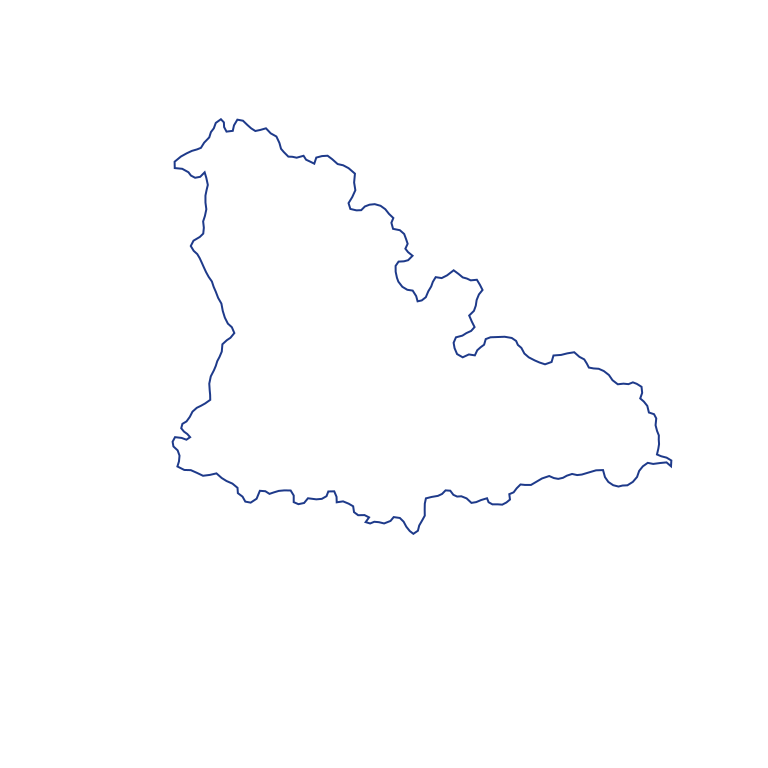 Coroaci, Minas Gerais, Brazil (Mercator projection), rotated 29°
{"feature_id": "56859067B21636195282600", "entity_name": "Coroaci", "entity_type": "district", "adm_level": 2, "iso_a3": "BRA", "parent_name": "Brazil", "parent_adm1": "Minas Gerais", "projection": "mercator", "projection_center": [-42.262, -18.628], "detail": "fine", "context": "isolated", "style": "outline", "palette": "blue", "viewbox_px": 768, "rotation_deg": 29, "n_neighbors": 0, "source": "geoboundaries", "source_scale": "gbopen_adm2", "svg_char_len": 4361}
<svg xmlns="http://www.w3.org/2000/svg" viewBox="0 0 768 768"><g transform="rotate(29 384 384)"><path d="M414.7,247.8L409.6,251.3L405.3,251.6L401.2,252.6L395.9,251.6L389.8,250.8L386.5,258.4L383.1,263.4L377.4,265.5L377.2,271.0L378.0,275.8L377.8,281.4L378.5,287.8L376.5,292.6L373.3,295.4L369.5,291.5L363.8,288.4L358.7,290.3L352.9,290.1L346.9,287.5L343.8,284.8L339.8,280.2L336.9,275.1L337.4,269.9L342.0,267.0L345.1,264.0L346.8,258.0L341.1,257.0L337.1,255.3L336.7,249.9L333.1,246.6L328.9,243.0L323.3,241.8L316.7,243.9L312.3,239.4L311.7,234.3L305.9,232.8L300.4,230.5L294.6,229.8L288.7,231.2L284.4,234.2L281.2,238.0L279.8,243.0L275.7,245.5L269.7,247.2L265.3,243.0L265.6,235.9L265.0,228.4L260.2,222.3L256.6,214.1L248.4,212.4L242.3,212.5L236.8,214.1L229.7,212.5L224.0,211.7L219.3,214.7L215.0,218.8L216.2,225.1L211.7,225.3L207.1,225.6L203.0,223.4L197.9,228.4L193.7,229.7L190.1,231.5L183.9,229.7L179.9,228.2L175.7,223.9L169.9,219.7L163.4,219.7L156.8,217.6L152.6,221.8L148.8,225.1L143.9,224.8L139.0,223.7L133.0,222.1L127.6,223.9L127.4,230.5L129.0,235.9L123.9,239.6L119.6,236.8L117.1,232.8L113.0,231.5L110.3,237.2L111.2,242.9L110.5,247.6L111.6,253.0L109.7,260.1L109.4,266.2L106.7,269.5L103.0,273.2L99.6,277.9L96.1,283.5L93.1,291.1L96.3,296.6L103.2,293.6L110.3,293.6L114.1,295.3L118.8,295.2L122.8,291.9L124.5,285.8L128.6,289.8L133.4,295.3L134.8,300.4L136.5,305.8L139.9,311.9L143.9,317.3L145.9,323.8L147.0,329.5L150.7,334.7L153.0,340.1L151.6,344.7L147.9,351.0L148.1,357.0L153.0,359.8L157.7,360.9L161.8,363.3L166.3,366.6L169.6,369.1L174.1,372.4L178.7,375.3L183.8,377.8L187.9,381.6L192.2,384.9L197.2,389.1L202.8,392.5L207.5,398.2L212.6,403.1L218.2,406.9L223.4,408.1L228.4,412.0L227.3,418.0L225.3,421.9L223.4,427.6L226.4,434.3L227.0,440.0L227.1,444.9L228.1,449.7L228.6,454.4L228.8,461.3L231.0,468.4L234.6,474.0L237.2,477.8L239.7,482.1L237.0,487.7L234.4,491.9L231.8,495.6L229.9,501.0L230.1,506.9L229.4,512.5L227.0,516.6L228.1,521.0L232.1,522.6L236.2,523.1L240.2,524.5L238.2,528.5L233.1,529.3L227.0,531.8L227.1,537.0L230.1,540.7L235.7,542.1L239.9,545.8L242.2,551.1L243.3,556.3L251.0,556.0L256.8,553.0L263.6,552.4L270.2,552.0L275.8,547.9L280.8,543.4L287.6,544.9L293.3,545.2L299.7,544.6L306.2,545.8L309.1,550.3L314.9,551.1L319.7,554.1L324.9,552.4L328.2,546.1L327.2,537.6L332.2,535.3L337.1,535.6L340.2,532.2L343.8,528.5L348.5,525.3L354.0,522.4L359.1,525.3L362.3,531.1L367.4,530.6L371.8,526.8L372.9,520.8L380.7,517.7L385.3,514.6L388.1,510.0L387.4,505.0L392.5,502.0L397.2,505.7L400.0,510.4L405.1,506.5L411.1,505.8L416.3,505.9L419.9,510.6L425.0,511.3L430.5,508.1L435.6,507.9L434.9,513.7L439.5,512.7L442.3,509.2L446.6,507.3L451.7,505.9L456.1,500.6L457.0,495.7L462.8,493.5L467.9,494.9L472.7,498.0L477.8,500.1L482.3,500.8L484.8,495.9L483.4,490.7L483.5,485.1L483.5,479.4L480.4,474.0L477.7,468.9L476.1,463.7L480.4,459.7L485.4,455.7L488.1,452.0L489.4,447.2L493.7,445.2L498.4,447.3L502.5,447.0L506.1,444.7L511.7,444.0L518.1,445.6L521.9,442.6L525.2,438.4L529.5,434.0L532.8,436.7L537.2,436.7L541.4,434.3L545.9,432.2L548.5,428.3L550.2,424.0L547.0,419.6L549.9,415.9L550.6,410.9L552.1,405.7L556.3,403.9L561.5,401.0L564.4,396.1L568.0,390.0L573.1,384.4L578.2,383.9L582.4,382.5L586.0,379.3L588.4,375.5L592.1,371.5L597.1,370.0L600.9,367.3L605.6,362.5L611.3,356.7L617.3,353.1L622.4,358.3L627.7,360.9L633.5,361.4L638.8,360.0L641.8,357.2L646.0,354.6L649.1,349.0L650.4,342.6L649.3,336.3L650.3,330.5L652.9,325.1L658.2,323.4L664.0,319.1L669.1,315.6L674.9,316.8L672.4,311.6L666.9,311.4L661.5,312.8L656.9,313.3L655.3,307.6L653.7,303.2L651.3,299.5L649.3,295.7L645.6,292.7L641.5,288.4L638.8,282.1L634.8,279.5L629.5,280.5L624.9,275.5L619.8,273.4L615.1,272.4L614.1,266.6L610.6,261.6L605.0,261.3L600.9,261.9L597.9,265.6L593.3,267.6L588.6,270.9L582.0,269.9L576.4,267.1L569.9,266.1L564.4,266.6L559.7,268.8L555.2,270.3L551.5,267.8L547.2,265.4L541.7,265.5L535.0,264.0L529.5,268.3L524.8,272.7L518.4,276.9L519.9,283.5L515.3,288.7L509.6,289.8L504.4,290.3L497.7,290.5L492.0,289.3L486.6,285.8L482.1,284.9L478.7,282.3L473.4,281.8L466.6,284.2L462.3,286.8L458.5,289.1L454.5,291.5L451.2,295.4L452.5,301.1L450.7,305.0L449.2,309.3L449.6,314.9L443.9,317.0L439.9,322.5L433.4,322.4L428.3,318.4L424.9,314.2L424.3,308.3L429.1,303.7L431.4,299.5L434.5,295.3L435.6,290.3L430.5,286.8L425.3,282.8L427.2,276.4L426.3,271.0L424.3,265.6L423.6,259.6L424.6,254.0L419.9,250.8L414.7,247.8Z" fill="none" stroke="#1e3a8a" stroke-width="2"/></g></svg>